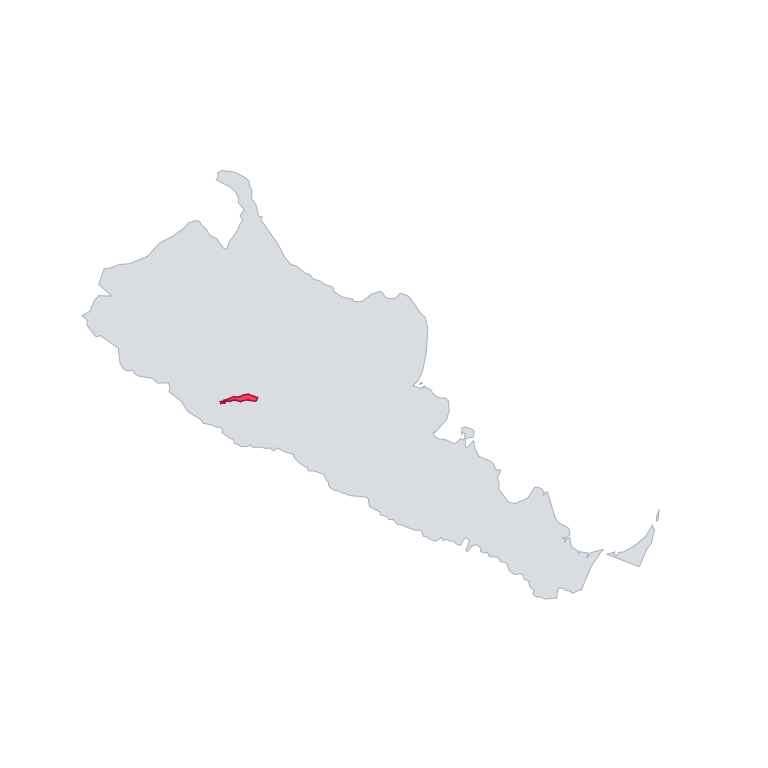 location of Valle Fértil, San Juan, Argentina, rotated 291°
{"feature_id": "61730980B31889101729395", "entity_name": "Valle Fértil", "entity_type": "district", "adm_level": 2, "iso_a3": "ARG", "parent_name": "Argentina", "parent_adm1": "San Juan", "projection": "equal_earth", "projection_center": [-67.808, -30.598], "detail": "fine", "context": "in_parent", "style": "filled", "palette": "rose", "viewbox_px": 768, "rotation_deg": 291, "n_neighbors": 0, "source": "geoboundaries", "source_scale": "gbopen_adm2", "svg_char_len": 7364}
<svg xmlns="http://www.w3.org/2000/svg" viewBox="0 0 768 768"><g transform="rotate(291 384 384)"><path d="M466.4,246.3L462.2,254.3L462.9,259.5L458.9,272.0L459.8,274.5L456.6,280.4L457.4,286.8L455.7,292.9L456.2,300.6L454.9,302.9L452.4,303.5L450.2,314.2L452.1,324.4L450.1,326.4L453.3,333.9L463.7,340.3L468.8,346.9L468.9,349.6L465.9,353.7L465.4,357.1L466.8,361.8L469.4,364.7L474.5,366.4L474.9,373.0L473.8,377.2L463.6,392.0L461.1,398.4L451.9,404.9L428.2,412.4L410.0,415.3L399.6,414.7L392.8,411.7L393.2,420.0L396.5,422.4L394.7,422.5L396.1,424.0L395.2,430.7L393.0,432.0L391.2,437.6L391.2,442.4L393.1,446.4L391.0,450.3L383.0,454.3L373.7,455.2L356.7,448.9L357.4,447.9L356.5,447.5L353.7,448.8L352.4,454.3L354.2,462.7L353.5,470.0L354.5,472.4L360.7,475.1L360.1,478.1L362.2,478.4L366.6,477.7L367.2,475.3L364.9,474.5L371.0,472.6L373.2,475.6L373.2,483.1L372.1,485.1L367.4,486.4L366.1,486.1L363.5,480.9L361.3,479.8L354.6,482.6L353.8,484.2L363.4,488.0L356.2,492.0L350.5,498.8L350.1,511.4L348.7,514.9L344.8,518.2L344.1,520.5L345.4,521.9L344.9,524.3L337.4,523.5L332.0,527.3L327.2,528.6L318.2,542.6L319.5,549.3L329.2,559.1L341.5,561.7L343.0,564.9L342.5,568.7L341.0,571.0L336.5,573.1L340.3,573.1L341.9,575.1L319.9,592.2L317.0,597.2L315.7,607.4L314.0,609.5L309.6,611.5L306.5,609.4L304.2,605.6L304.3,608.7L300.1,609.8L305.1,609.9L307.4,612.4L300.7,616.1L298.7,619.4L297.9,624.1L295.3,626.7L297.4,626.2L299.3,635.2L294.0,635.8L300.5,637.3L307.9,647.5L307.3,648.3L307.0,647.3L287.8,642.7L261.9,642.0L262.1,640.6L256.1,635.1L257.3,631.2L256.3,627.8L257.5,624.8L256.5,621.0L254.3,619.8L246.0,622.0L241.1,611.8L241.3,606.3L239.8,602.8L241.2,598.3L245.4,598.1L246.6,593.3L252.0,589.5L252.0,584.9L255.2,582.3L256.0,580.0L252.8,574.0L255.0,567.4L260.7,562.4L260.1,556.1L263.2,552.9L260.7,544.4L263.9,540.8L262.2,538.8L262.2,534.3L265.4,533.1L267.4,528.2L264.0,523.8L257.9,522.4L257.6,520.1L268.5,519.9L269.8,516.4L269.0,514.3L260.7,513.2L260.7,508.3L262.5,505.2L260.8,502.0L261.4,499.1L259.2,494.8L261.2,492.8L255.7,488.4L255.6,481.0L256.8,479.1L255.9,475.1L260.8,471.4L258.4,464.2L258.7,450.4L257.8,446.7L260.8,441.0L259.2,437.2L261.4,434.3L260.4,427.2L262.9,426.6L264.6,414.2L271.0,410.6L272.2,408.1L267.6,392.3L268.0,386.4L267.0,383.6L268.1,380.1L267.0,375.0L268.9,369.0L273.2,366.5L273.6,364.4L278.1,360.2L277.8,349.9L275.8,344.7L278.1,342.7L279.5,334.8L282.9,326.5L285.8,325.0L285.1,315.5L286.1,306.9L282.2,305.3L283.1,299.1L281.7,297.6L280.8,291.1L278.2,285.3L278.0,282.7L279.5,281.1L276.6,278.8L274.6,273.5L275.0,268.5L275.5,265.2L278.5,262.8L277.9,260.4L280.5,250.2L283.6,249.7L285.3,246.1L283.6,244.2L284.0,238.1L282.5,229.2L285.4,224.9L287.8,211.1L295.0,201.4L299.8,186.0L303.7,185.7L307.8,182.3L303.6,172.2L306.3,165.9L303.5,152.4L304.3,147.4L306.7,144.4L304.0,139.3L304.8,135.1L308.7,130.2L322.3,123.0L327.6,101.9L324.8,98.3L332.2,85.9L337.5,83.8L339.7,77.4L346.5,83.5L358.4,83.7L364.3,86.1L368.5,98.4L374.8,82.0L391.3,81.4L394.5,87.4L400.7,94.0L405.0,103.1L418.3,117.3L435.5,124.2L446.0,133.7L458.2,141.7L464.3,143.6L468.9,149.2L469.9,153.4L467.0,156.7L464.8,162.9L461.4,166.4L459.9,170.5L459.9,175.5L453.2,185.5L453.3,189.2L459.9,188.4L475.6,192.3L483.2,192.3L485.7,194.0L489.9,189.3L496.6,191.2L501.2,183.1L505.6,181.5L510.5,175.9L513.0,169.0L514.5,154.2L517.0,155.2L521.5,153.1L525.3,156.1L528.2,168.6L527.0,180.5L524.9,185.3L520.1,188.0L517.4,191.4L509.7,193.9L505.4,200.2L495.8,207.0L496.2,210.5L493.2,210.3L476.7,234.6L466.4,246.3ZM304.8,687.8L304.9,653.1L309.9,660.0L307.5,659.5L306.8,662.8L310.9,663.5L312.9,667.6L321.9,675.3L335.2,682.9L348.4,685.1L344.7,688.8L331.6,690.6L323.9,688.6L304.8,687.8ZM353.6,687.4L357.7,686.1L365.5,685.8L355.1,688.6L353.6,687.4ZM398.7,418.0L398.5,419.7L396.1,417.0L398.7,418.0Z" fill="#d9dde1" stroke="#a8b0b8" stroke-width="1"/><path d="M312.7,242.2L312.5,241.9L312.4,241.6L312.3,241.4L312.2,241.4L312.2,241.2L312.0,240.9L311.9,240.9L311.8,240.6L311.6,240.6L311.4,240.5L311.4,240.4L311.2,240.4L310.8,240.3L310.7,240.3L310.4,240.4L310.2,240.4L310.2,240.2L310.1,239.9L309.9,239.8L309.8,239.6L309.8,239.2L309.8,238.7L309.7,238.6L309.7,238.4L309.4,238.3L309.1,238.2L308.9,238.3L308.8,238.0L308.6,237.8L308.6,237.7L307.2,238.7L307.3,238.8L307.4,239.0L307.5,239.0L307.7,239.3L307.8,239.4L307.9,239.6L308.0,239.7L308.2,239.9L308.2,240.0L308.3,240.3L308.3,240.5L308.5,240.7L308.5,240.8L308.7,241.0L308.8,241.1L308.8,241.4L308.9,241.5L309.0,241.6L308.9,241.8L309.1,241.9L309.0,242.1L309.1,242.3L309.2,242.5L309.4,242.5L309.5,242.3L309.6,242.2L310.0,241.8L310.1,241.6L310.1,241.3L310.2,241.0L310.3,240.9L310.6,240.8L310.7,241.2L310.7,241.3L310.9,241.6L311.1,241.8L311.1,242.0L311.2,242.3L311.3,242.4L311.2,242.5L311.3,242.6L311.5,242.8L311.6,243.1L311.8,243.3L311.7,243.4L311.8,243.5L311.8,243.8L312.0,243.9L312.0,244.0L312.1,244.3L312.1,244.5L312.2,244.8L312.3,244.8L312.4,245.1L312.2,245.6L312.3,245.9L312.4,246.0L312.5,246.4L312.5,246.6L312.7,246.8L312.7,247.0L312.9,247.1L313.0,247.1L313.3,247.1L313.3,247.3L313.4,247.5L313.5,247.5L313.8,247.5L314.0,247.9L314.0,248.0L314.2,248.3L314.3,248.3L314.3,248.2L314.3,248.3L314.5,248.4L314.6,248.5L314.6,248.8L314.8,248.9L314.8,249.0L314.7,249.0L314.8,249.2L315.0,249.5L315.2,249.8L315.2,250.0L315.4,250.1L315.4,250.3L315.5,250.5L315.4,250.5L315.5,250.7L315.4,250.8L315.4,251.1L315.5,251.3L315.7,251.6L315.6,251.8L315.7,252.0L316.0,252.5L315.8,252.6L315.8,252.8L315.9,253.0L316.0,253.1L316.1,253.3L315.9,253.5L316.0,253.7L315.9,253.7L315.9,253.8L315.9,254.0L316.0,254.0L316.1,254.4L316.0,254.5L316.0,254.8L316.2,255.0L316.1,255.3L316.3,255.6L316.3,255.8L316.5,256.1L316.5,256.4L316.4,256.5L316.5,256.5L316.7,256.8L316.9,257.0L317.1,257.3L317.2,257.5L317.3,257.7L317.3,257.8L317.5,257.9L317.5,258.0L317.8,258.3L317.9,258.5L318.0,258.6L318.1,258.8L318.4,259.0L318.5,259.2L318.5,259.3L318.6,259.5L318.9,259.7L318.9,259.8L319.1,260.1L319.2,260.3L319.3,260.5L319.5,260.9L319.6,261.0L319.8,261.3L320.0,261.4L319.9,261.6L320.0,261.8L320.0,262.0L319.9,262.0L319.9,262.3L320.0,262.4L320.0,262.6L320.0,262.8L320.0,263.1L320.3,263.3L320.6,263.5L320.4,263.9L320.4,264.0L320.5,264.0L320.8,264.2L320.8,264.3L320.8,264.5L320.8,264.8L320.9,265.1L320.9,265.3L321.0,265.6L320.9,265.7L321.0,265.8L320.9,266.1L320.9,266.3L320.9,266.5L321.0,266.8L321.0,267.0L321.2,267.4L321.2,267.5L321.3,267.6L321.3,267.9L321.3,268.0L321.4,268.4L321.5,268.5L321.6,268.8L321.6,269.2L321.7,269.5L321.8,269.6L321.8,269.8L322.0,270.1L322.1,270.3L322.5,270.5L322.8,270.9L323.2,271.1L324.7,270.9L325.4,270.9L326.2,270.8L325.7,269.8L326.2,266.8L325.5,265.5L326.0,263.5L325.8,262.8L325.7,262.5L325.7,262.3L325.8,262.0L325.8,261.8L326.1,260.7L325.8,260.5L325.7,260.4L325.4,260.3L325.4,260.2L325.2,259.9L325.0,259.5L324.8,259.3L324.6,258.9L324.4,258.6L324.1,257.8L323.6,257.1L323.5,256.9L323.2,256.3L322.9,256.1L322.7,255.9L321.8,255.4L321.6,255.3L321.5,255.1L321.3,255.0L321.1,254.7L321.0,254.4L320.8,254.0L320.6,253.8L320.4,253.6L320.2,253.4L320.0,253.2L318.8,250.6L318.8,250.3L318.8,250.1L318.7,249.4L318.6,249.1L318.6,248.5L318.4,248.4L318.3,248.2L318.2,248.1L318.0,247.8L317.8,247.7L317.7,247.6L317.6,247.4L317.4,247.3L317.3,247.2L317.2,246.9L315.3,245.1L315.2,244.9L315.0,244.7L314.9,244.7L314.7,244.6L314.6,244.4L314.4,244.3L314.5,244.2L314.4,244.1L314.2,244.1L314.0,243.9L313.9,243.7L313.6,243.3L313.6,243.2L313.4,243.1L313.2,242.9L313.0,242.7L312.9,242.6L312.7,242.4L312.7,242.2Z" fill="#f43f5e" stroke="#9f1239" stroke-width="1.5"/></g></svg>